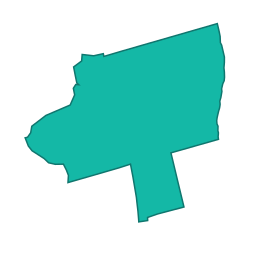 'Eua fo'ou, Eua, Tonga (Natural Earth projection), rotated 174°
{"feature_id": "48082658B68963423411416", "entity_name": "'Eua fo'ou", "entity_type": "district", "adm_level": 2, "iso_a3": "TON", "parent_name": "Tonga", "parent_adm1": "Eua", "projection": "natural_earth1", "projection_center": [-174.959, -21.373], "detail": "fine", "context": "isolated", "style": "filled", "palette": "teal", "viewbox_px": 256, "rotation_deg": 174, "n_neighbors": 0, "source": "geoboundaries", "source_scale": "gbopen_adm2", "svg_char_len": 1050}
<svg xmlns="http://www.w3.org/2000/svg" viewBox="0 0 256 256"><g transform="rotate(174 128 128)"><path d="M39.2,107.3L39.3,109.9L38.8,112.4L38.6,114.0L38.9,115.8L38.3,120.4L39.1,122.8L39.0,126.1L38.3,128.9L37.3,131.9L36.0,135.6L35.0,137.9L34.6,139.2L34.1,141.1L33.9,142.1L33.9,145.1L32.5,148.5L30.8,154.5L30.8,157.2L29.1,162.1L27.4,165.0L26.7,168.4L26.3,173.6L26.3,177.8L25.3,183.1L24.7,188.5L26.2,200.6L27.2,203.2L26.8,209.5L27.3,214.7L28.3,222.5L125.0,205.3L144.5,201.7L144.8,204.5L154.6,203.4L156.4,203.8L165.9,205.9L167.1,199.5L175.7,194.4L174.9,185.3L174.2,178.2L172.5,176.2L175.4,176.7L178.2,173.2L177.6,166.5L183.1,156.9L208.3,149.1L223.5,139.8L225.3,133.4L228.9,129.3L231.3,129.0L229.0,120.5L225.8,115.4L214.6,106.4L210.6,101.7L204.1,99.5L196.0,98.8L193.6,92.4L192.2,87.1L193.4,80.0L154.1,87.0L153.6,87.1L141.3,89.3L134.6,90.7L129.3,91.8L128.2,78.8L126.9,58.1L126.9,53.6L126.8,44.4L127.0,35.3L127.1,33.5L118.1,33.9L117.9,37.0L107.6,39.4L80.6,43.6L84.3,71.2L87.9,98.8L39.2,107.3Z" fill="#14b8a6" stroke="#0f766e" stroke-width="1.5"/></g></svg>